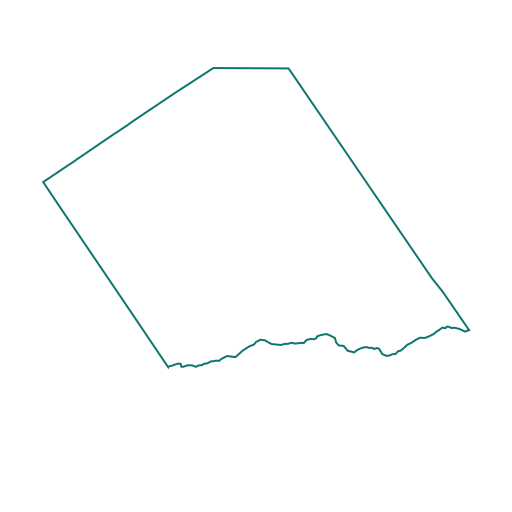 the district of Montezuma, Colorado, United States of America, rotated 56°
{"feature_id": "52423323B17337947288307", "entity_name": "Montezuma", "entity_type": "district", "adm_level": 2, "iso_a3": "USA", "parent_name": "United States of America", "parent_adm1": "Colorado", "projection": "mercator", "projection_center": [-108.315, 37.319], "detail": "fine", "context": "isolated", "style": "outline", "palette": "teal", "viewbox_px": 512, "rotation_deg": 56, "n_neighbors": 0, "source": "geoboundaries", "source_scale": "gbopen_adm2", "svg_char_len": 1662}
<svg xmlns="http://www.w3.org/2000/svg" viewBox="0 0 512 512"><g transform="rotate(56 256 256)"><path d="M75.7,391.1L104.7,391.2L106.2,391.2L218.3,391.0L218.5,391.0L246.5,391.0L299.2,391.0L298.9,390.5L299.1,389.0L299.9,387.4L300.6,384.4L301.5,381.2L303.1,378.8L304.7,379.3L306.0,379.8L306.9,378.8L307.7,376.4L308.2,374.2L310.8,370.3L314.3,367.7L314.6,364.9L316.3,361.7L316.4,358.9L317.6,356.9L318.0,354.4L318.2,352.2L319.5,349.9L320.6,347.3L322.3,345.3L322.0,342.4L322.3,339.3L322.8,335.9L328.3,329.6L327.7,324.6L327.0,320.0L327.2,311.8L328.3,307.3L327.3,303.9L327.9,299.3L330.8,295.8L333.6,294.5L337.7,292.3L340.0,289.6L342.5,286.5L343.6,285.3L345.0,281.2L346.7,278.7L347.7,275.1L350.4,272.6L352.0,269.7L353.0,267.4L354.9,265.1L353.9,261.0L355.1,257.5L357.6,254.1L357.8,251.9L356.8,250.3L357.8,246.3L360.2,241.1L363.5,238.9L368.1,236.5L372.6,237.9L376.4,237.4L379.6,233.6L386.1,232.9L388.6,230.4L390.9,228.5L390.5,225.3L391.0,221.4L391.8,218.4L393.4,215.2L395.3,213.8L397.2,210.9L399.3,210.0L399.8,207.3L402.0,205.8L404.7,206.0L407.7,206.2L409.8,205.0L411.8,203.7L413.2,200.7L413.7,197.8L415.3,195.1L414.4,191.6L415.3,189.1L415.2,186.7L414.6,182.7L414.2,179.9L414.8,176.6L414.9,174.0L414.9,170.1L415.5,165.7L418.3,161.9L419.2,158.5L419.7,155.0L420.1,151.9L419.6,149.5L419.8,145.3L419.6,143.0L419.7,141.2L420.9,140.4L421.8,139.2L421.3,137.1L422.8,135.4L425.0,134.3L426.3,131.8L430.1,128.2L435.5,125.0L436.6,120.8L390.3,121.2L372.3,122.6L118.7,124.1L76.3,186.3L75.5,232.8L75.4,285.5L75.6,285.8L75.6,302.0L75.5,305.8L75.5,316.1L75.7,343.6L75.7,344.7L75.7,350.2L75.8,354.4L75.8,359.3L75.7,360.1L75.7,391.1Z" fill="none" stroke="#0f766e" stroke-width="2"/></g></svg>